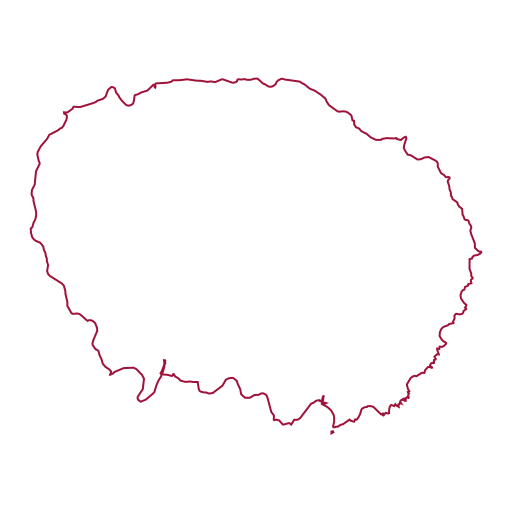 outline of Aneityum, Tafea, Vanuatu
{"feature_id": "77236927B63418931336998", "entity_name": "Aneityum", "entity_type": "district", "adm_level": 2, "iso_a3": "VUT", "parent_name": "Vanuatu", "parent_adm1": "Tafea", "projection": "mercator", "projection_center": [169.832, -20.195], "detail": "fine", "context": "isolated", "style": "outline", "palette": "rose", "viewbox_px": 512, "rotation_deg": 0, "n_neighbors": 0, "source": "geoboundaries", "source_scale": "gbopen_adm2", "svg_char_len": 5983}
<svg xmlns="http://www.w3.org/2000/svg" viewBox="0 0 512 512"><path d="M279.1,420.4L283.0,424.7L288.9,423.1L289.8,423.4L291.2,424.6L294.2,419.7L296.3,419.9L298.3,419.4L300.2,418.0L311.2,403.6L313.5,402.8L315.7,401.0L317.4,400.4L319.5,400.2L320.0,401.2L320.9,401.4L322.1,399.9L322.9,396.8L323.8,395.4L322.7,401.8L323.1,402.3L326.1,403.1L324.7,403.8L321.9,403.4L321.8,404.0L327.5,407.1L331.1,410.4L333.6,414.8L334.1,416.8L334.2,421.4L333.1,426.3L333.4,427.2L334.7,427.3L336.0,426.6L337.5,426.8L340.7,424.8L343.2,424.1L349.5,419.6L351.0,420.8L354.1,421.7L355.1,419.4L356.6,419.7L358.2,417.8L360.1,414.1L361.5,409.4L362.1,408.6L364.8,407.2L367.1,406.9L367.6,406.2L370.8,406.1L373.4,406.9L381.0,414.3L382.0,414.0L382.7,415.1L383.5,415.5L383.8,415.3L383.6,413.5L385.2,413.7L385.9,412.9L388.2,413.5L389.1,413.1L389.2,408.9L389.9,406.6L390.9,405.1L391.5,405.0L394.2,406.1L395.3,404.2L396.4,405.6L398.7,406.8L398.3,404.5L399.3,404.3L399.8,402.8L401.1,403.4L400.1,401.8L400.7,400.5L402.2,399.6L403.4,400.1L403.3,398.8L403.9,398.6L405.2,400.8L405.7,400.9L405.8,398.1L407.3,397.0L408.3,398.0L408.7,397.8L408.2,395.0L409.0,393.4L408.0,392.7L407.8,392.0L409.3,391.2L408.0,389.0L406.9,385.1L407.0,384.2L410.6,378.1L412.8,376.5L414.6,375.8L416.8,376.2L418.0,375.0L419.8,374.3L420.7,373.3L422.9,372.7L424.4,372.9L425.2,370.1L427.9,367.1L429.8,367.0L431.4,367.8L432.0,367.7L431.9,367.1L430.2,366.1L430.0,365.3L431.2,363.3L432.5,362.8L433.5,363.2L434.0,363.0L433.9,360.1L435.6,359.5L435.8,359.0L434.6,357.3L434.5,356.6L436.9,354.3L438.8,354.4L437.2,349.8L437.2,348.5L439.3,349.0L439.5,346.9L439.9,346.5L441.9,347.0L444.1,345.8L446.0,343.8L446.2,343.0L445.6,342.4L443.3,341.2L441.5,339.3L439.6,336.0L439.9,332.2L441.2,329.2L443.2,327.0L447.7,325.4L449.1,324.0L453.4,323.2L453.6,322.7L453.0,321.7L454.6,318.5L454.4,315.9L455.6,314.1L456.4,313.8L459.8,314.4L462.0,313.9L463.1,312.9L463.6,310.9L466.2,309.1L466.0,308.4L465.0,307.6L466.0,306.2L466.3,304.9L464.0,302.9L461.0,298.6L460.5,294.9L461.8,291.3L463.1,290.1L464.3,289.7L465.1,286.9L468.0,285.6L468.2,284.2L468.7,283.9L471.4,283.3L470.8,280.6L471.0,279.8L472.6,278.4L472.6,277.6L471.4,276.4L471.2,273.5L469.5,268.6L469.6,259.1L471.9,258.6L472.6,256.9L474.0,255.6L477.5,255.0L480.1,253.7L481.3,252.3L481.1,251.7L479.7,251.7L478.2,251.0L474.9,247.8L474.8,243.2L471.3,234.4L470.3,230.7L471.3,227.7L471.0,225.9L469.5,223.9L468.5,220.9L467.7,220.2L465.2,219.8L464.5,219.1L463.2,215.5L462.6,214.8L462.1,208.8L459.2,206.6L457.8,204.5L457.3,202.4L452.6,199.1L451.9,197.0L451.0,195.8L450.8,192.2L449.6,189.5L449.2,186.0L447.7,181.5L448.0,180.3L449.6,178.5L449.5,177.4L448.0,176.8L447.0,177.3L445.9,177.2L444.0,175.0L441.0,173.1L437.7,166.5L437.8,163.4L436.9,161.6L435.3,160.5L428.6,157.0L424.5,157.5L420.9,159.2L417.5,159.5L410.8,155.3L407.6,154.6L404.6,149.8L403.8,147.8L404.2,145.2L406.4,138.2L405.8,136.8L404.2,137.3L400.8,140.0L396.9,139.0L396.6,138.2L396.1,138.1L394.3,138.5L386.8,138.1L382.1,138.9L381.0,139.9L376.1,139.9L370.8,137.4L366.8,134.0L361.3,131.1L359.2,128.6L355.9,127.2L354.2,124.3L354.0,120.7L352.5,120.4L351.4,115.5L349.8,114.0L346.7,111.9L345.2,111.5L342.8,111.3L339.0,111.7L337.3,111.2L328.9,105.1L326.9,102.0L325.4,98.6L321.1,94.9L314.8,90.7L309.5,88.5L304.6,84.4L302.0,83.2L299.9,81.6L285.3,79.6L282.5,78.8L281.1,78.9L278.1,80.4L276.5,82.1L275.7,84.1L274.0,85.5L271.9,86.6L270.2,86.8L268.3,86.4L264.7,84.1L263.2,83.7L257.7,78.7L254.2,78.7L250.5,79.8L247.1,79.8L244.4,79.1L241.8,79.5L238.0,79.3L237.2,80.2L237.0,81.3L236.2,81.9L234.8,82.5L232.4,82.7L222.8,79.3L221.6,79.4L215.2,82.1L210.7,81.4L207.5,81.9L201.2,80.8L196.0,80.6L187.1,79.3L179.7,80.2L172.9,80.3L171.3,81.7L167.6,82.7L156.0,83.4L154.9,84.5L155.6,86.4L155.2,87.6L154.6,87.1L154.3,84.9L153.4,84.7L147.5,90.5L141.1,92.5L137.9,94.3L135.2,95.0L134.6,95.7L133.9,100.9L133.0,103.7L131.2,104.9L129.0,105.7L126.4,105.2L121.8,100.6L119.2,97.1L118.6,95.6L116.1,92.6L114.9,88.3L112.7,87.1L111.3,87.0L108.1,89.8L105.5,96.7L102.8,98.9L97.4,100.7L95.6,102.1L92.2,103.4L80.0,107.1L73.9,106.7L73.0,107.5L72.6,108.7L67.9,112.1L67.1,112.5L64.0,112.3L64.2,113.7L65.5,114.2L66.8,115.5L66.9,117.4L66.4,119.7L63.3,126.1L61.9,127.8L59.9,128.6L58.4,130.1L49.3,134.8L47.2,138.7L40.8,146.2L37.7,152.0L37.3,154.5L38.7,160.7L39.6,162.8L39.6,163.9L36.0,171.3L34.7,184.7L32.0,189.9L31.6,193.4L31.8,195.4L32.9,197.0L33.4,198.4L33.5,201.0L36.1,211.7L36.2,215.5L35.2,219.7L33.6,222.6L32.3,227.2L30.7,228.6L31.0,232.7L32.0,236.7L33.3,238.8L35.5,240.7L39.6,242.4L40.9,243.4L43.3,246.7L44.0,250.2L45.4,252.9L45.9,256.2L46.8,258.5L46.9,261.2L48.1,265.2L47.1,271.1L48.1,274.0L50.0,276.0L61.7,283.4L63.8,285.6L65.4,291.1L65.4,293.6L67.4,302.0L67.3,305.8L71.5,313.2L73.1,313.9L76.9,313.5L78.9,313.8L80.5,314.7L87.4,320.8L89.5,320.1L92.4,320.7L95.1,323.0L97.1,328.0L97.2,331.0L93.4,340.0L92.5,343.1L92.6,345.0L95.6,349.3L96.9,349.7L98.6,351.2L99.5,355.0L101.7,359.7L102.7,363.6L105.4,366.8L109.1,369.3L111.1,371.4L111.1,372.2L110.0,374.7L110.5,374.8L111.5,373.6L112.7,373.8L114.6,371.9L123.7,368.1L133.6,367.7L136.5,369.2L142.0,374.9L144.0,378.7L142.8,389.1L137.8,396.7L137.5,398.0L138.0,399.6L140.6,401.7L145.7,399.7L153.1,393.5L154.5,391.8L156.3,385.6L158.3,380.9L161.2,376.2L161.4,374.3L160.5,373.2L161.7,371.4L163.6,366.7L164.4,363.7L164.0,360.2L165.1,360.3L165.3,360.8L165.0,361.3L165.3,363.4L164.5,364.5L164.2,367.7L163.7,368.5L163.2,371.2L162.1,373.4L162.2,374.4L167.4,374.8L171.9,376.0L172.6,375.5L173.0,374.3L173.7,374.1L175.2,376.5L178.5,378.4L180.5,380.6L185.4,381.9L189.9,381.5L193.2,382.0L197.7,382.0L198.7,388.7L199.5,390.8L201.0,391.7L203.2,392.3L206.8,392.6L208.4,393.4L210.0,393.5L212.9,392.9L222.5,385.6L225.9,379.7L229.0,378.2L232.5,377.9L233.7,378.3L236.9,381.0L237.7,383.9L240.2,389.1L241.2,394.3L244.9,397.7L249.7,397.8L254.5,395.0L258.7,394.8L261.3,393.4L263.4,393.4L265.7,394.6L266.5,395.4L267.5,397.8L271.3,412.0L273.9,415.4L273.8,419.8L274.2,420.2L276.3,419.6L279.1,420.4ZM331.5,431.5L331.5,433.3L333.4,432.3L333.0,431.3L331.5,431.5Z" fill="none" stroke="#9f1239" stroke-width="2"/></svg>